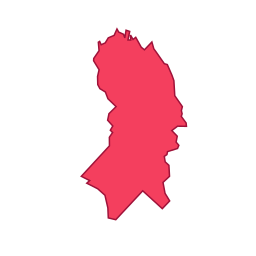 Richland, Louisiana, United States of America (Mercator projection), rotated 133°
{"feature_id": "52423323B54730656664663", "entity_name": "Richland", "entity_type": "district", "adm_level": 2, "iso_a3": "USA", "parent_name": "United States of America", "parent_adm1": "Louisiana", "projection": "mercator", "projection_center": [-91.813, 32.409], "detail": "fine", "context": "isolated", "style": "filled", "palette": "rose", "viewbox_px": 256, "rotation_deg": 133, "n_neighbors": 0, "source": "geoboundaries", "source_scale": "gbopen_adm2", "svg_char_len": 1022}
<svg xmlns="http://www.w3.org/2000/svg" viewBox="0 0 256 256"><g transform="rotate(133 128 128)"><path d="M85.5,208.2L91.2,201.9L100.5,200.5L102.3,199.0L105.1,188.9L111.1,185.4L116.9,179.7L118.4,175.4L117.1,169.1L120.3,162.6L120.5,151.3L130.5,151.7L136.2,148.2L136.9,140.5L141.7,139.4L141.8,136.2L147.5,135.3L153.7,129.4L195.2,129.2L192.6,120.2L196.5,120.5L193.1,108.7L192.9,99.0L200.2,88.2L207.2,81.1L203.4,74.4L163.9,74.4L163.6,47.9L152.9,47.8L150.5,56.4L143.9,65.3L135.0,64.7L127.4,72.6L127.4,77.7L124.0,82.1L120.9,81.4L118.3,83.0L109.2,77.8L106.0,79.0L105.5,83.2L100.4,86.4L100.0,94.2L92.9,93.0L86.9,86.4L84.7,88.9L83.2,96.9L80.7,98.1L78.9,100.8L75.3,102.8L72.5,115.8L62.1,126.7L59.5,131.7L54.8,142.5L56.2,145.3L53.2,159.4L52.5,163.1L48.8,169.2L59.6,169.3L59.9,173.4L56.4,184.2L59.8,184.7L58.3,189.6L61.8,186.0L63.6,188.1L56.2,192.6L57.8,196.1L64.3,191.8L62.5,195.2L64.2,200.2L63.1,203.6L69.7,201.3L75.5,203.9L81.3,202.7L85.4,204.4L84.0,207.8L85.5,208.2Z" fill="#f43f5e" stroke="#9f1239" stroke-width="1.5"/></g></svg>